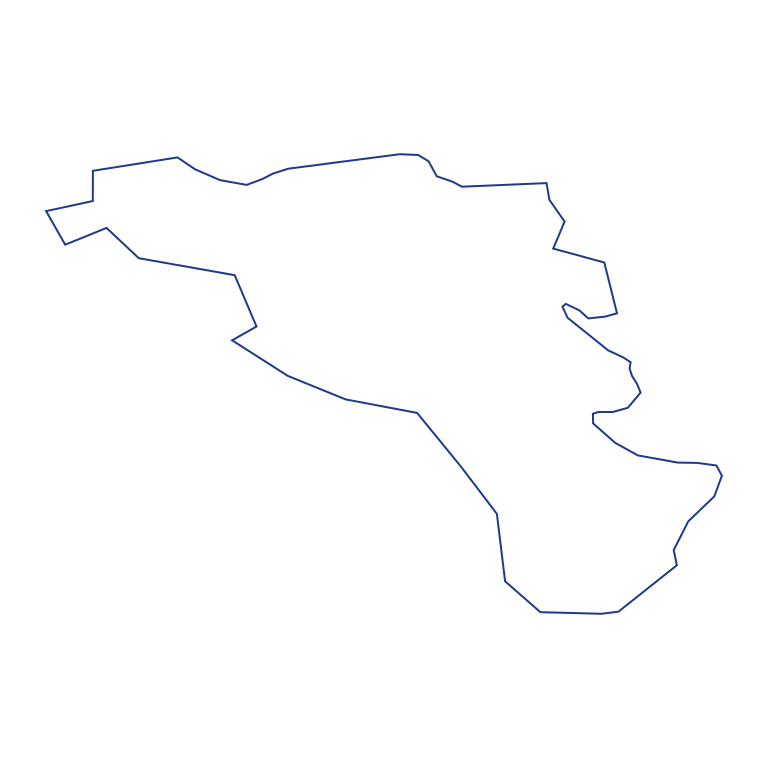 an SVG outline of Ozolnieku
{"feature_id": "LVA-5737", "entity_name": "Ozolnieku", "entity_type": "Municipality", "adm_level": 1, "iso_a3": "LVA", "parent_name": "Latvia", "parent_adm1": "", "projection": "equal_earth", "projection_center": [23.952, 56.624], "detail": "fine", "context": "isolated", "style": "outline", "palette": "blue", "viewbox_px": 768, "rotation_deg": 0, "n_neighbors": 0, "source": "natural_earth", "source_scale": "10m", "svg_char_len": 927}
<svg xmlns="http://www.w3.org/2000/svg" viewBox="0 0 768 768"><path d="M546.5,183.1L549.4,199.8L564.6,221.6L553.2,248.6L604.3,262.5L617.0,313.3L605.3,316.6L588.3,318.4L579.4,310.4L565.8,303.9L562.5,306.6L567.5,317.7L608.2,350.4L623.2,357.4L630.6,362.2L629.6,368.6L632.0,375.9L637.0,383.8L640.6,392.6L627.8,407.8L612.7,412.0L598.4,412.0L592.9,413.8L593.1,423.4L615.1,442.8L637.8,455.4L677.8,462.6L697.3,462.9L716.4,465.5L721.9,475.7L714.3,496.4L688.3,521.3L673.7,550.1L676.9,565.2L618.4,611.7L601.2,613.8L579.6,613.2L540.4,612.2L505.1,581.3L496.9,513.9L461.1,466.8L417.1,412.9L345.6,399.4L287.8,375.9L232.1,340.3L256.5,326.5L234.7,275.2L138.8,258.2L106.5,227.9L65.2,244.7L46.1,211.1L92.8,201.0L92.9,170.8L177.5,157.4L194.7,169.1L219.9,180.1L246.6,184.9L262.0,179.2L272.7,173.7L288.2,168.7L399.8,154.2L418.2,155.0L428.5,161.2L436.8,176.3L452.5,181.7L462.0,186.7L546.5,183.1Z" fill="none" stroke="#1e3a8a" stroke-width="2"/></svg>